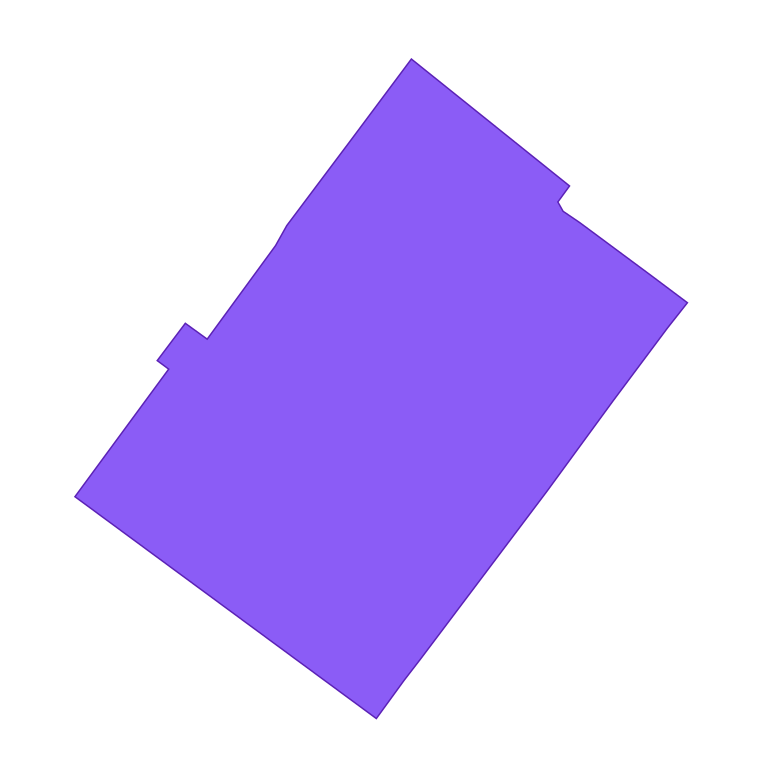 outline of McKean, Pennsylvania, United States of America, rotated 127°
{"feature_id": "52423323B34391265633420", "entity_name": "McKean", "entity_type": "district", "adm_level": 2, "iso_a3": "USA", "parent_name": "United States of America", "parent_adm1": "Pennsylvania", "projection": "albers", "projection_center": [-78.629, 41.801], "detail": "fine", "context": "isolated", "style": "filled", "palette": "violet", "viewbox_px": 768, "rotation_deg": 127, "n_neighbors": 0, "source": "geoboundaries", "source_scale": "gbopen_adm2", "svg_char_len": 435}
<svg xmlns="http://www.w3.org/2000/svg" viewBox="0 0 768 768"><g transform="rotate(127 384 384)"><path d="M655.8,188.8L608.7,189.6L581.8,189.3L371.4,189.3L259.8,190.9L168.7,191.3L136.5,190.6L136.6,235.0L137.3,324.4L138.3,344.9L134.0,354.7L114.2,355.0L108.0,557.7L210.8,557.2L315.9,557.0L338.7,553.9L454.6,552.2L455.1,579.2L501.8,579.2L501.7,564.9L660.0,563.0L655.8,188.8Z" fill="#8b5cf6" stroke="#5b21b6" stroke-width="1.5"/></g></svg>